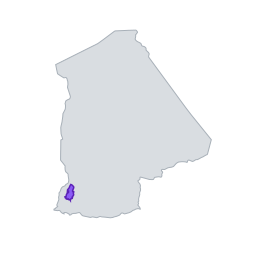 where Khenchela sits in Algeria, rotated 192°
{"feature_id": "DZA-2219", "entity_name": "Khenchela", "entity_type": "Province", "adm_level": 1, "iso_a3": "DZA", "parent_name": "Algeria", "parent_adm1": "", "projection": "equal_earth", "projection_center": [7.088, 34.922], "detail": "fine", "context": "in_parent", "style": "filled", "palette": "violet", "viewbox_px": 256, "rotation_deg": 192, "n_neighbors": 0, "source": "natural_earth", "source_scale": "10m", "svg_char_len": 5145}
<svg xmlns="http://www.w3.org/2000/svg" viewBox="0 0 256 256"><g transform="rotate(192 128 128)"><path d="M183.3,32.3L183.5,32.8L183.5,33.3L182.8,33.8L182.3,34.1L181.7,35.4L180.6,36.3L180.5,36.5L180.5,36.8L181.2,37.2L181.5,37.6L181.6,38.1L181.3,39.9L180.8,43.2L180.8,43.9L181.1,44.7L181.4,45.4L181.5,46.1L181.4,48.0L181.7,49.1L182.0,50.1L181.4,51.3L181.1,52.4L180.9,53.9L180.8,54.9L180.4,55.8L179.9,56.7L179.3,57.2L178.5,57.7L177.7,58.3L177.0,59.9L175.5,61.2L175.1,61.7L175.0,62.8L175.0,64.3L175.3,65.5L176.0,67.2L176.7,69.2L176.9,70.2L177.1,70.5L178.0,71.2L179.6,72.1L179.9,72.4L180.7,73.8L181.4,76.2L181.6,77.8L184.4,80.2L187.1,82.4L187.3,82.7L188.8,90.1L189.3,92.8L191.2,102.3L190.5,102.8L189.6,103.5L190.2,104.8L191.5,106.9L192.3,108.6L192.5,109.3L193.1,111.5L193.6,113.5L193.8,114.2L193.9,115.8L193.8,120.1L194.2,125.7L194.6,128.5L193.9,131.0L193.3,133.4L193.4,134.6L193.7,136.5L194.1,137.9L194.6,138.6L194.5,141.0L194.3,141.8L192.9,143.1L191.3,144.2L190.9,145.2L190.8,146.3L191.0,147.1L195.6,155.1L195.7,155.9L195.8,158.2L196.6,161.1L197.4,162.3L197.7,163.2L198.3,163.9L198.9,164.4L199.2,164.5L201.2,163.7L204.7,165.0L208.0,166.3L208.2,166.5L210.2,170.9L211.9,175.0L175.1,204.3L171.0,208.8L161.4,219.8L160.7,220.3L148.0,223.6L141.4,225.2L141.1,225.3L140.7,225.3L140.4,225.3L139.9,225.0L139.2,224.4L138.8,224.0L138.6,223.5L138.9,222.8L139.2,222.2L139.4,221.7L139.6,221.3L139.9,221.0L139.9,220.6L139.7,219.9L139.5,218.9L139.5,217.2L139.5,216.4L138.9,215.7L137.8,214.9L136.7,214.5L136.2,214.3L135.1,214.1L133.5,213.6L132.9,213.3L131.9,211.7L131.4,211.2L129.0,211.0L128.2,210.7L127.5,210.3L127.0,209.8L126.7,208.9L126.6,208.2L126.4,207.8L123.7,206.1L123.1,205.5L122.7,204.9L122.7,204.1L122.8,203.1L122.7,202.2L122.6,201.7L76.9,160.9L74.5,158.8L69.0,154.1L44.1,133.9L44.8,119.5L44.9,118.8L45.1,118.4L45.9,117.9L47.3,116.7L47.8,116.2L48.4,115.6L50.6,114.0L51.1,113.5L53.3,111.7L53.8,111.4L54.9,111.2L55.4,110.9L56.0,110.1L57.0,109.3L57.6,108.9L58.1,108.7L60.0,109.0L60.8,109.2L61.8,109.3L62.1,109.2L62.4,109.0L62.8,108.4L62.9,107.6L62.9,107.0L63.0,106.8L63.2,106.6L63.6,106.7L64.1,106.8L65.3,106.7L65.7,106.7L67.0,106.5L68.8,106.1L71.5,105.2L72.8,104.1L73.7,103.0L74.7,101.2L75.5,99.8L77.1,98.8L78.4,98.3L79.1,98.1L80.8,97.3L83.6,95.0L85.8,94.7L86.1,94.5L86.5,94.1L86.5,93.4L86.1,92.9L85.7,92.6L85.4,92.4L85.1,92.3L84.9,92.0L85.0,91.4L85.1,90.8L85.3,90.2L85.3,89.5L85.0,88.7L84.9,88.1L85.0,87.5L85.1,87.1L85.6,86.8L86.2,86.7L86.9,86.8L88.2,86.6L91.6,85.3L91.9,84.8L92.1,83.9L92.4,83.1L92.8,82.8L93.0,82.7L95.7,82.2L96.3,82.1L101.3,82.4L105.5,82.6L105.9,82.4L106.0,81.8L105.7,80.6L105.9,79.9L106.5,79.3L107.3,78.6L107.0,77.7L106.4,77.1L105.6,76.4L105.1,76.1L104.4,75.2L103.9,74.3L103.7,72.2L103.1,71.1L102.8,69.7L103.2,67.1L102.7,65.5L102.7,64.8L102.7,64.0L102.9,62.6L102.9,60.7L102.3,58.7L102.6,58.0L102.8,57.7L102.7,57.4L102.1,56.7L101.9,56.2L102.0,55.7L102.4,55.0L102.4,54.7L101.4,53.9L99.8,52.5L99.4,51.9L99.2,51.1L100.8,51.3L101.6,51.2L103.5,50.3L105.0,49.0L106.2,48.4L107.2,47.0L108.2,46.2L109.5,45.3L113.4,43.3L114.0,43.3L115.3,43.7L116.4,43.6L117.1,42.9L118.0,41.2L119.3,40.2L120.9,39.2L123.0,38.2L124.4,37.3L126.7,36.5L132.2,36.0L135.1,35.6L137.0,35.7L139.0,34.3L140.0,33.8L144.2,33.7L146.2,32.7L153.8,32.7L154.7,33.0L155.6,33.6L157.2,34.9L157.9,35.2L158.9,34.9L161.3,33.7L163.9,33.0L165.3,32.2L165.9,31.1L167.2,30.7L167.8,31.6L170.6,32.4L172.2,32.2L173.0,31.9L172.7,30.7L174.5,31.0L175.8,31.6L177.2,32.8L178.2,33.1L179.8,32.5L183.3,32.3Z" fill="#d9dde1" stroke="#a8b0b8" stroke-width="1"/><path d="M168.0,48.8L167.9,48.7L167.9,48.4L167.9,48.1L167.9,47.8L167.9,47.6L168.1,47.4L168.4,47.2L168.5,47.1L168.9,46.9L169.1,46.8L169.2,46.7L169.3,46.6L169.4,46.4L169.4,46.2L169.5,46.1L169.4,45.6L169.3,45.1L169.5,45.3L169.6,45.6L169.8,45.7L170.0,45.8L171.1,45.6L171.4,46.1L171.5,46.2L171.8,46.2L172.0,46.0L172.1,45.9L172.3,45.8L172.7,45.8L172.8,45.8L172.8,45.7L173.1,45.7L173.4,45.8L173.5,46.0L173.5,46.5L173.8,46.5L173.9,46.4L174.0,46.2L174.1,46.3L174.4,46.7L174.5,46.7L174.8,46.7L174.9,47.0L175.0,47.1L175.2,47.3L175.4,47.5L175.2,47.7L174.4,48.1L174.3,48.3L174.4,48.5L174.3,48.9L174.3,49.1L174.4,49.4L174.3,49.6L174.3,49.9L174.3,50.1L174.4,50.3L174.3,50.5L174.2,50.8L174.1,51.0L173.7,51.5L173.4,51.9L173.2,52.2L172.9,52.6L172.8,52.8L172.9,53.0L172.9,53.3L173.0,53.4L173.0,53.5L173.1,53.9L173.3,53.8L173.2,53.7L173.2,53.4L173.1,53.2L173.1,52.9L173.2,52.7L173.3,52.7L173.5,52.4L173.7,52.5L173.8,52.5L174.0,52.5L174.0,52.9L174.0,53.0L174.1,53.3L174.1,54.0L174.2,54.5L174.3,54.6L174.3,54.8L174.2,54.9L174.2,55.0L174.0,55.5L173.9,55.8L173.6,56.2L173.5,56.6L173.4,56.7L173.3,56.8L173.1,57.4L173.0,57.7L172.9,58.7L172.7,59.5L172.2,60.9L171.2,60.7L170.8,60.5L169.1,59.4L168.9,59.1L168.7,58.6L168.8,58.3L168.7,57.7L168.8,57.5L168.8,57.4L168.9,56.9L169.0,56.3L169.1,55.9L169.1,55.6L169.2,55.1L169.1,54.8L169.0,54.5L168.9,54.4L168.6,54.3L168.1,54.5L167.9,54.5L167.8,54.3L167.8,54.1L167.8,53.8L167.8,53.6L168.0,53.3L168.0,53.2L167.9,53.0L167.9,52.9L167.6,52.2L167.4,51.8L167.3,51.6L167.3,51.4L167.3,51.0L167.3,50.9L167.7,50.2L167.8,49.5L167.9,49.4L168.2,49.0L168.2,48.9L168.2,48.7L168.0,48.8Z" fill="#8b5cf6" stroke="#5b21b6" stroke-width="1.5"/></g></svg>